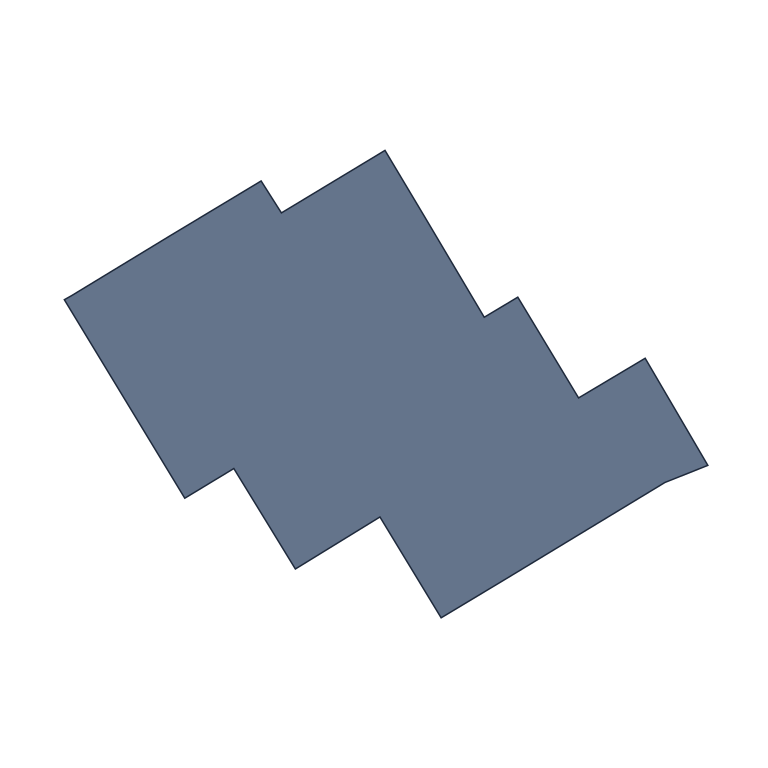 outline of Perry, Ohio, United States of America, rotated 145°
{"feature_id": "52423323B79068710555574", "entity_name": "Perry", "entity_type": "district", "adm_level": 2, "iso_a3": "USA", "parent_name": "United States of America", "parent_adm1": "Ohio", "projection": "orthographic", "projection_center": [-82.25, 39.74], "detail": "fine", "context": "isolated", "style": "filled", "palette": "slate", "viewbox_px": 768, "rotation_deg": 145, "n_neighbors": 0, "source": "geoboundaries", "source_scale": "gbopen_adm2", "svg_char_len": 423}
<svg xmlns="http://www.w3.org/2000/svg" viewBox="0 0 768 768"><g transform="rotate(145 384 384)"><path d="M254.8,497.5L249.2,574.8L369.9,583.0L368.2,620.8L475.1,628.2L589.4,635.6L597.5,636.4L612.7,404.7L555.5,400.9L559.0,343.4L562.7,283.3L463.6,277.4L471.3,159.7L398.4,154.6L210.3,142.2L165.4,131.6L155.3,255.3L232.6,261.0L224.6,378.4L263.6,381.2L254.8,497.5Z" fill="#64748b" stroke="#1e293b" stroke-width="1.5"/></g></svg>